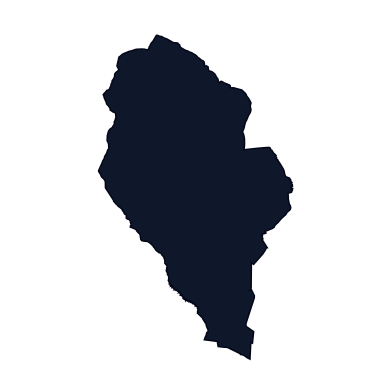 Ciumani, Harghita, Romania (orthographic projection), rotated 115°
{"feature_id": "2599482B61629303727972", "entity_name": "Ciumani", "entity_type": "district", "adm_level": 2, "iso_a3": "ROU", "parent_name": "Romania", "parent_adm1": "Harghita", "projection": "orthographic", "projection_center": [25.481, 46.64], "detail": "fine", "context": "isolated", "style": "filled", "palette": "ink", "viewbox_px": 384, "rotation_deg": 115, "n_neighbors": 0, "source": "geoboundaries", "source_scale": "gbopen_adm2", "svg_char_len": 6002}
<svg xmlns="http://www.w3.org/2000/svg" viewBox="0 0 384 384"><g transform="rotate(115 192 192)"><path d="M112.2,309.8L116.1,311.6L117.9,311.9L119.5,311.1L121.3,310.9L122.5,310.9L124.8,311.4L126.2,310.9L127.2,310.7L127.9,311.0L129.5,310.5L134.0,310.4L134.8,310.8L135.8,312.1L138.7,312.8L139.9,313.4L140.6,313.2L141.3,313.6L142.4,312.3L143.5,311.6L147.0,307.6L148.3,306.6L149.0,304.9L148.9,304.7L150.3,302.5L151.1,301.3L152.4,300.7L152.4,299.6L152.8,298.0L152.8,296.7L152.5,295.9L152.8,295.0L153.7,294.1L155.9,292.8L157.1,292.4L160.1,292.0L161.4,292.1L163.0,291.1L167.5,291.6L169.7,292.9L172.0,293.4L176.6,292.6L181.5,290.6L182.1,289.5L183.8,287.9L188.0,285.6L189.5,286.2L193.0,285.7L196.8,286.2L198.5,285.7L201.8,286.0L202.9,285.8L212.0,285.7L212.7,285.4L214.0,283.6L214.5,282.4L215.6,281.5L216.6,280.2L217.5,277.4L218.2,276.0L219.3,274.9L224.8,272.2L232.7,259.6L233.5,259.1L235.2,255.2L235.3,253.9L235.9,253.6L236.7,249.8L237.4,247.6L237.9,247.5L238.9,245.8L239.0,245.4L240.2,244.2L240.6,243.2L240.4,242.4L240.7,241.8L241.5,241.3L242.9,240.9L243.6,240.3L243.8,239.1L243.5,237.3L244.3,235.7L245.9,234.7L247.2,233.4L247.9,233.1L248.6,233.5L249.9,233.1L249.6,229.4L249.7,228.7L249.5,227.2L250.2,226.1L250.5,225.9L251.1,224.7L251.8,223.0L251.9,222.3L252.6,221.0L256.5,218.5L257.3,217.2L256.8,214.5L255.7,211.7L255.7,210.2L256.2,207.8L257.4,204.4L258.0,203.7L259.0,201.3L259.5,201.0L260.3,199.4L260.5,197.7L260.8,197.2L260.8,196.4L261.0,196.1L260.6,195.5L260.7,194.5L261.3,193.0L261.7,192.8L262.6,190.7L263.2,189.6L263.7,189.5L264.0,188.6L264.3,188.7L266.0,187.4L268.2,186.4L268.5,185.4L270.0,182.6L270.4,182.6L271.3,183.0L272.6,182.2L273.2,182.4L274.0,182.1L274.2,181.8L274.6,181.7L275.0,181.3L275.8,179.7L276.2,179.3L276.9,179.6L277.3,179.3L277.3,178.6L279.5,176.7L281.0,176.4L281.4,175.9L282.1,176.1L282.8,175.3L282.9,175.0L282.8,174.9L283.1,174.3L284.0,174.3L284.3,173.7L284.6,173.7L284.4,173.4L284.8,173.1L284.6,172.9L285.2,172.4L285.3,172.7L285.6,172.5L285.7,172.2L285.5,172.3L285.5,172.0L285.9,172.0L285.8,171.4L286.0,171.4L285.6,171.1L286.2,170.8L286.3,170.5L286.2,170.4L286.4,170.4L286.7,170.1L286.6,169.9L286.6,169.3L286.8,169.3L286.6,169.1L286.9,168.6L286.7,167.8L287.1,167.8L287.6,167.2L287.8,166.4L288.0,166.5L287.7,165.8L287.9,165.1L287.7,164.9L287.4,163.6L287.9,162.8L288.0,163.0L288.1,162.6L287.9,162.5L288.1,161.6L287.6,161.7L287.4,161.4L288.0,160.9L288.5,161.1L288.2,160.7L288.5,160.1L288.6,159.8L289.0,160.0L289.2,159.7L288.8,159.6L289.0,159.2L290.2,159.1L289.9,158.7L290.2,158.6L289.9,158.3L290.1,157.9L289.9,157.9L290.0,157.8L289.7,157.4L290.3,157.4L290.4,156.7L290.6,156.6L291.0,155.7L291.1,155.8L291.4,155.2L291.9,155.2L291.8,154.7L292.3,154.8L292.4,154.3L292.1,154.3L292.1,153.9L291.8,153.6L292.0,153.1L291.6,153.1L291.7,152.7L292.5,153.0L292.7,152.5L292.4,152.4L292.8,152.1L292.5,152.1L292.5,151.8L293.0,151.6L292.5,151.0L292.6,150.3L292.3,150.5L292.5,149.8L292.0,149.4L292.0,148.7L292.3,148.6L291.6,148.2L291.8,147.8L292.2,147.8L292.5,147.4L292.2,147.2L292.1,146.8L292.4,146.5L291.8,146.2L291.9,145.9L291.7,145.7L291.8,145.4L292.3,145.2L292.5,145.4L292.5,145.2L292.3,144.6L292.8,144.1L292.4,143.7L292.8,143.6L292.8,143.4L292.4,142.9L292.4,142.4L293.0,141.9L292.9,141.6L293.1,141.5L293.2,140.8L293.4,140.9L293.7,140.8L293.3,140.6L293.5,140.2L293.2,139.9L293.7,139.5L293.6,138.8L294.1,138.3L294.6,138.2L294.9,137.8L295.3,137.8L295.5,136.9L297.7,136.6L298.3,136.2L298.3,135.8L299.4,136.0L302.0,128.4L302.5,128.5L304.9,124.8L304.6,124.4L307.9,121.8L309.9,119.5L311.2,118.5L312.2,118.5L313.0,119.2L316.7,118.5L317.1,118.7L320.7,118.4L316.6,105.5L318.0,105.1L321.0,103.0L320.0,99.9L317.9,94.2L318.2,79.8L318.8,79.4L318.1,77.3L318.4,73.3L318.8,73.0L319.0,68.8L303.5,75.1L303.5,73.3L292.5,77.1L290.9,86.3L288.4,87.5L261.7,90.8L259.7,91.6L255.7,96.5L256.6,97.2L256.9,98.0L255.6,97.7L254.3,97.7L234.9,106.5L231.1,108.4L231.6,105.6L218.4,101.7L213.8,101.0L211.2,101.0L210.7,100.2L205.4,108.5L204.5,107.9L202.8,109.8L202.0,109.5L201.0,111.0L198.1,107.6L197.8,107.7L197.3,109.1L196.9,109.1L191.1,103.8L189.3,102.7L187.3,102.7L185.9,102.3L183.5,101.2L178.6,99.9L172.9,97.5L170.0,97.2L167.0,95.7L166.2,95.6L164.8,95.8L163.7,96.4L162.7,97.3L161.8,98.8L157.9,101.6L154.0,103.6L152.8,104.6L150.1,101.7L147.5,101.9L147.6,102.8L147.0,103.1L146.6,102.7L146.6,103.3L145.9,103.6L146.0,104.2L145.1,104.0L144.9,103.6L144.3,104.0L144.3,103.6L144.1,103.4L143.8,103.7L143.8,104.0L142.9,104.2L142.2,105.6L141.1,105.4L140.9,106.0L141.2,106.2L140.9,106.7L140.9,107.1L139.8,107.4L139.4,108.3L139.0,108.2L139.0,108.4L139.4,108.8L139.4,109.1L138.3,109.3L138.2,110.0L138.5,113.1L138.0,114.1L136.8,115.4L134.2,117.3L132.8,118.7L129.5,123.5L127.0,127.7L127.1,127.9L126.4,128.2L126.6,129.3L126.3,129.4L126.4,129.6L125.9,129.7L125.6,130.2L125.2,130.0L125.1,130.4L124.2,131.0L123.8,131.0L123.9,131.4L123.6,131.3L123.0,132.0L122.3,134.4L120.5,137.2L120.6,137.6L120.3,138.3L119.0,140.0L119.0,141.0L120.1,143.1L124.6,151.0L131.7,162.7L127.3,164.2L121.8,166.8L118.6,169.0L116.5,171.2L115.5,171.9L114.6,171.7L112.6,171.8L106.2,173.1L104.1,172.9L98.8,173.1L95.3,172.8L92.7,173.2L90.0,175.2L88.5,175.8L86.3,176.2L83.1,180.4L82.3,182.4L80.2,184.9L78.5,189.9L80.0,198.7L80.7,199.6L81.1,201.6L79.6,202.2L79.2,203.1L79.3,206.5L79.5,208.8L79.2,211.5L79.3,212.2L79.8,212.8L81.1,212.8L81.3,213.2L80.7,214.7L78.5,216.4L78.0,217.6L75.4,221.2L74.6,224.3L74.6,225.5L75.0,227.4L74.7,228.3L72.9,229.7L71.9,230.1L71.5,232.2L72.5,232.9L72.6,233.5L69.0,236.0L68.7,236.7L68.4,237.7L68.5,239.4L67.7,241.8L67.7,242.4L67.5,243.7L66.7,245.4L66.4,246.5L65.9,251.3L66.2,253.4L66.0,255.3L66.3,258.3L65.8,263.4L65.3,264.2L64.0,265.3L63.3,267.6L63.0,267.9L64.5,272.1L63.9,279.3L63.9,280.4L64.1,281.4L64.2,282.6L63.9,285.2L64.5,287.0L64.6,289.5L65.1,290.5L71.8,291.1L74.1,291.8L76.5,292.0L77.6,291.8L78.5,292.1L78.5,291.9L78.9,291.8L80.3,291.8L81.8,292.2L82.2,292.9L82.6,295.3L83.6,297.9L86.3,303.0L90.0,306.9L90.9,308.2L95.2,312.2L96.7,313.4L99.2,314.4L100.5,315.2L109.5,313.3L112.2,309.8Z" fill="#0f172a" stroke="#020617" stroke-width="1.5"/></g></svg>